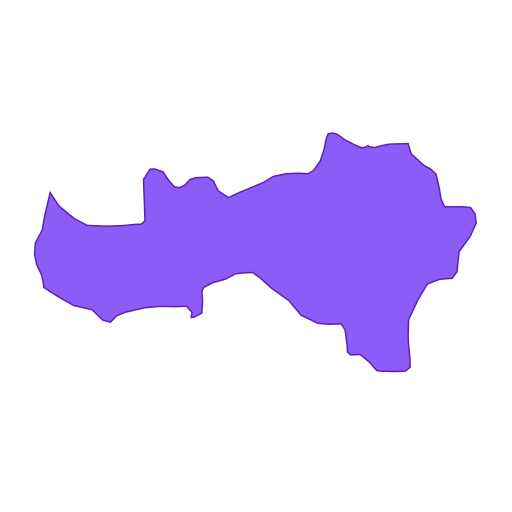 outline of Kratovo, rotated 178°
{"feature_id": "MKD-2940", "entity_name": "Kratovo", "entity_type": "Statistical Region", "adm_level": 1, "iso_a3": "MKD", "parent_name": "North Macedonia", "parent_adm1": "", "projection": "albers", "projection_center": [22.124, 42.077], "detail": "fine", "context": "isolated", "style": "filled", "palette": "violet", "viewbox_px": 512, "rotation_deg": 178, "n_neighbors": 0, "source": "natural_earth", "source_scale": "10m", "svg_char_len": 1627}
<svg xmlns="http://www.w3.org/2000/svg" viewBox="0 0 512 512"><g transform="rotate(178 256 256)"><path d="M459.5,326.4L451.0,312.7L436.0,299.5L423.7,292.5L405.2,291.0L388.3,291.0L376.2,291.8L369.7,291.8L365.7,294.9L365.7,318.4L365.8,336.3L358.8,346.5L354.1,346.5L346.0,343.4L340.2,334.0L335.0,327.8L329.8,327.0L324.5,329.4L319.3,334.8L313.5,336.4L301.3,336.4L296.0,332.5L291.5,322.4L281.5,315.3L270.5,320.0L245.6,329.4L236.0,334.9L222.6,337.2L209.9,337.2L201.2,336.4L195.4,339.5L188.4,348.9L184.3,359.9L181.9,370.0L179.7,375.5L175.0,376.3L170.4,374.7L163.4,369.2L153.6,363.7L147.1,360.6L143.6,360.6L140.1,362.4L139.8,361.4L133.7,360.2L125.8,362.0L119.4,363.1L113.3,363.1L105.5,363.1L100.1,363.1L97.3,352.6L85.2,340.8L77.8,336.3L73.2,331.3L70.5,317.6L69.1,306.3L65.8,298.8L56.5,298.2L47.8,298.1L39.8,296.9L35.7,290.6L34.8,281.2L41.3,268.1L52.9,253.1L55.7,233.2L59.6,228.3L60.6,226.9L73.6,226.3L85.7,222.0L95.9,206.3L105.7,187.0L106.7,172.6L106.7,163.2L105.7,147.0L105.8,139.5L110.8,135.7L121.1,135.7L132.7,136.4L139.2,137.2L146.3,145.8L155.2,153.9L165.3,153.9L168.0,157.1L168.0,162.7L169.5,178.9L173.2,185.2L185.2,185.2L196.3,186.5L213.0,195.2L224.6,210.2L241.7,223.3L252.0,233.4L259.8,239.6L268.2,239.6L277.0,239.0L287.2,234.0L300.2,230.8L309.5,226.4L311.4,222.1L310.9,212.7L312.2,200.8L320.1,197.0L322.9,196.9L322.0,202.0L327.3,208.3L338.3,208.2L353.4,209.0L369.1,208.2L388.7,204.3L397.4,201.1L403.8,194.9L411.3,197.2L421.8,208.1L439.8,212.8L456.1,222.9L469.3,232.1L469.3,234.8L470.8,244.3L475.5,255.1L477.2,265.4L476.0,276.8L468.8,289.3L465.9,303.0L459.5,326.4Z" fill="#8b5cf6" stroke="#5b21b6" stroke-width="1.5"/></g></svg>